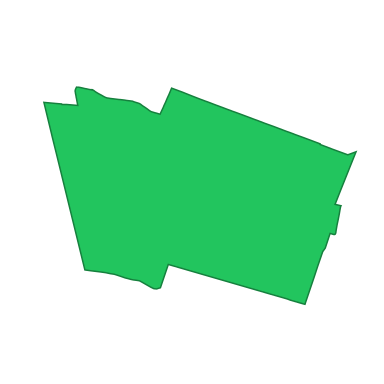 the district of Vladila, Olt, Romania, rotated 187°
{"feature_id": "2599482B56723681646749", "entity_name": "Vladila", "entity_type": "district", "adm_level": 2, "iso_a3": "ROU", "parent_name": "Romania", "parent_adm1": "Olt", "projection": "natural_earth1", "projection_center": [24.392, 44.002], "detail": "fine", "context": "isolated", "style": "filled", "palette": "green", "viewbox_px": 384, "rotation_deg": 187, "n_neighbors": 0, "source": "geoboundaries", "source_scale": "gbopen_adm2", "svg_char_len": 2510}
<svg xmlns="http://www.w3.org/2000/svg" viewBox="0 0 384 384"><g transform="rotate(187 192 192)"><path d="M189.7,283.8L193.3,284.7L194.7,285.0L203.3,287.2L206.3,288.0L206.9,288.1L207.8,288.4L209.8,288.9L213.5,289.9L219.0,291.2L224.5,292.5L224.9,292.6L226.6,286.5L226.9,285.4L227.0,285.2L227.9,282.4L228.7,279.6L229.2,277.8L230.3,274.5L230.4,274.2L230.8,272.6L233.2,265.3L234.9,265.6L236.6,265.9L238.3,266.1L240.0,266.4L241.8,266.7L242.7,266.9L243.7,267.4L244.7,267.9L245.7,268.5L246.9,269.2L249.4,270.5L250.9,271.2L252.7,272.2L253.6,272.8L254.3,273.1L255.3,273.5L258.7,274.1L260.4,274.4L262.1,274.9L264.4,274.9L266.2,274.9L268.4,274.9L269.9,275.0L272.0,275.0L274.0,275.0L275.9,274.9L276.5,274.9L278.4,274.9L280.1,274.9L282.1,274.9L284.5,274.9L286.7,275.0L287.7,275.0L288.3,275.1L289.1,275.3L290.2,275.6L291.9,276.3L294.0,277.2L294.9,277.5L295.3,277.7L295.7,277.8L296.8,278.3L297.2,278.4L298.5,279.0L299.6,279.5L300.6,280.0L301.7,280.7L302.6,281.1L303.2,281.4L303.8,281.4L303.8,281.1L304.6,281.2L307.0,281.3L308.8,281.5L310.5,281.6L310.8,281.6L313.3,281.9L315.5,282.1L317.4,282.2L318.8,282.0L319.4,282.0L319.7,281.1L319.9,280.5L320.2,279.6L320.2,279.2L320.3,278.7L320.3,277.9L319.9,276.6L319.6,275.4L319.0,273.7L318.8,273.1L318.7,272.6L318.3,271.3L318.0,270.6L317.9,270.2L317.6,269.2L316.9,267.0L316.4,265.4L315.9,264.0L326.8,263.6L331.8,263.0L332.1,263.5L337.2,263.3L349.7,262.9L349.9,262.9L345.4,250.9L338.7,233.1L337.6,230.1L336.3,226.7L331.3,213.6L327.0,202.3L291.4,108.4L289.2,102.6L288.8,101.6L283.1,101.5L279.5,101.5L272.3,101.5L267.6,101.4L263.3,101.0L259.3,100.9L257.5,100.6L252.5,99.6L247.9,98.6L244.6,98.2L242.0,97.8L239.5,97.6L237.0,97.6L233.4,97.5L232.1,97.0L228.7,95.6L224.9,94.0L221.3,92.5L218.1,91.4L215.2,91.5L213.6,92.3L211.7,93.1L206.7,117.2L117.0,102.7L101.7,100.2L89.6,98.3L84.2,97.4L81.0,96.6L67.8,94.5L66.2,94.3L66.0,95.0L66.0,95.4L60.4,122.4L58.3,133.1L55.0,148.7L52.9,152.6L49.9,167.7L46.1,167.1L45.3,167.2L44.8,167.5L44.5,168.2L44.3,169.0L44.3,170.9L44.0,177.1L43.5,183.0L43.3,185.8L43.1,188.8L43.0,191.2L42.9,193.2L42.7,195.7L42.4,196.5L48.5,197.2L45.0,210.7L34.1,251.9L41.9,247.9L52.6,250.4L57.8,251.6L70.7,254.8L70.8,254.9L70.7,255.4L80.1,257.7L87.6,259.5L97.2,261.7L98.2,262.0L102.8,263.1L105.6,263.7L110.1,264.8L119.0,267.0L127.9,269.0L136.3,271.1L136.8,271.2L138.6,271.6L149.7,274.3L157.7,276.2L162.7,277.3L163.3,277.5L166.4,278.2L172.9,279.8L173.4,279.9L177.1,280.8L178.5,281.1L186.5,283.1L189.6,283.8L189.7,283.8Z" fill="#22c55e" stroke="#15803d" stroke-width="1.5"/></g></svg>